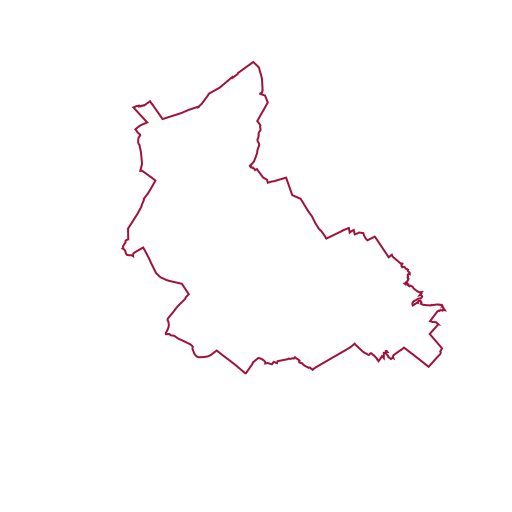 outline of Querétaro, Querétaro, Mexico, rotated 323°
{"feature_id": "50627088B94741817456448", "entity_name": "Querétaro", "entity_type": "district", "adm_level": 2, "iso_a3": "MEX", "parent_name": "Mexico", "parent_adm1": "Querétaro", "projection": "albers", "projection_center": [-100.418, 20.726], "detail": "fine", "context": "isolated", "style": "outline", "palette": "rose", "viewbox_px": 512, "rotation_deg": 323, "n_neighbors": 0, "source": "geoboundaries", "source_scale": "gbopen_adm2", "svg_char_len": 5968}
<svg xmlns="http://www.w3.org/2000/svg" viewBox="0 0 512 512"><g transform="rotate(323 256 256)"><path d="M247.5,63.6L249.5,83.9L243.6,82.4L241.1,82.0L235.9,82.2L235.9,86.4L236.3,88.5L236.5,89.1L236.2,89.9L233.3,90.9L232.0,92.2L231.2,93.3L230.3,94.2L230.0,95.0L229.7,96.3L229.7,97.6L229.0,98.6L226.7,103.7L220.4,113.9L214.8,118.4L216.4,119.5L220.6,133.2L221.0,135.3L218.1,136.5L215.3,137.8L207.6,140.9L200.7,142.9L200.2,143.8L195.6,146.4L194.6,147.4L187.0,150.9L170.1,157.2L170.1,157.4L164.0,165.8L161.5,165.2L160.9,165.4L159.7,166.9L158.6,167.1L155.8,168.1L155.6,168.3L154.8,169.6L153.9,169.7L154.5,170.8L154.6,171.6L154.7,172.7L154.5,173.7L153.8,175.1L153.6,176.4L153.7,177.6L155.3,179.2L157.1,180.6L157.7,182.1L158.2,181.2L160.0,180.0L171.0,181.3L170.4,185.8L168.9,194.5L168.5,196.4L168.2,197.2L165.9,209.6L166.9,215.5L170.0,221.2L171.6,223.5L174.7,227.2L180.0,233.5L180.0,235.2L179.3,246.1L175.7,246.6L173.2,247.7L172.5,247.8L166.1,248.6L161.6,249.4L159.6,249.9L158.8,250.2L155.2,251.2L149.1,252.6L147.8,253.1L147.1,253.5L146.8,253.9L146.5,255.8L145.1,258.3L144.3,259.3L143.6,259.9L142.1,261.0L141.6,261.2L140.6,261.9L139.3,262.4L137.6,263.3L137.0,264.2L139.9,266.2L140.0,267.6L140.1,267.9L142.6,270.4L144.2,275.2L147.8,281.9L150.5,287.3L151.0,290.3L149.6,291.6L149.3,292.2L148.0,296.8L147.9,299.0L148.4,301.1L149.6,302.6L152.9,304.9L157.0,307.2L157.8,307.4L160.7,307.9L167.7,307.8L170.0,316.3L173.6,329.0L176.8,342.9L177.3,343.6L187.4,340.3L189.8,339.1L196.5,338.9L197.0,339.3L198.7,341.9L199.5,344.6L199.6,346.3L198.7,347.4L200.8,348.4L203.6,352.1L206.4,351.2L208.3,354.2L210.0,353.0L219.0,357.4L220.5,357.6L221.2,358.7L222.7,359.4L223.2,359.4L223.9,360.0L224.6,360.7L226.1,360.3L226.2,360.8L227.4,364.1L227.8,365.7L227.0,366.0L226.9,366.5L226.6,367.0L226.8,367.5L227.2,368.0L227.5,368.7L228.1,369.0L228.4,370.9L228.5,371.9L229.6,374.7L230.3,375.7L230.6,376.9L231.9,377.4L232.7,381.0L234.4,380.7L234.9,380.9L236.8,380.9L274.5,385.5L277.1,385.7L282.1,385.4L282.1,385.7L281.9,386.3L282.0,386.6L283.4,394.4L283.7,396.5L284.5,398.8L284.9,399.5L286.2,402.4L286.6,402.9L287.3,403.0L288.5,402.6L289.1,402.6L289.3,402.8L289.6,403.4L290.1,406.0L290.4,406.4L290.4,406.8L290.8,410.3L290.8,411.3L290.5,411.4L290.6,413.8L296.4,411.8L296.6,414.5L299.8,410.3L300.3,410.7L301.0,411.7L302.4,410.0L303.1,410.3L303.2,411.9L301.9,411.1L301.0,412.1L301.4,415.4L301.0,415.8L300.9,416.0L301.6,419.1L301.8,419.4L302.1,419.6L304.0,419.3L304.3,420.2L304.8,418.9L305.8,418.0L315.5,418.2L315.6,418.4L319.0,418.2L323.0,432.4L327.2,448.4L340.2,445.8L342.3,445.5L343.6,445.4L344.4,445.1L345.4,444.3L345.7,443.8L345.8,443.1L349.0,441.7L347.8,422.8L358.2,420.8L360.3,420.1L360.5,420.3L359.9,417.1L357.4,415.1L357.3,414.8L356.8,414.1L355.8,412.8L367.5,409.4L369.2,409.6L369.3,410.2L370.8,410.3L371.9,411.6L371.9,411.8L372.1,411.9L373.0,411.4L374.2,412.9L374.4,410.4L374.6,408.7L374.8,407.9L374.7,407.9L375.0,407.7L375.0,407.3L374.7,407.4L374.5,406.7L373.2,405.4L373.4,405.4L372.4,404.4L371.2,403.6L366.8,401.0L366.7,400.7L365.8,400.6L362.9,398.2L360.0,395.4L359.1,393.8L358.9,393.3L360.2,392.7L360.3,392.5L360.2,391.8L360.4,390.9L359.0,389.8L358.1,390.1L357.2,391.0L356.5,390.2L351.4,389.9L351.4,389.7L351.7,389.0L352.3,388.1L353.1,387.5L354.2,387.1L355.1,387.1L357.8,387.6L359.3,387.6L359.9,387.7L361.0,388.3L361.6,388.9L362.0,389.1L363.9,388.6L364.3,388.4L364.4,388.1L364.4,387.6L364.3,387.0L363.8,386.3L363.0,385.9L365.8,385.3L365.6,384.8L365.8,384.7L365.8,384.3L365.7,384.1L366.0,384.1L365.3,383.7L364.6,383.3L363.8,381.6L362.9,378.9L362.4,376.9L362.4,375.9L362.6,375.5L362.4,374.5L361.6,372.8L361.3,372.4L360.7,372.5L360.5,372.2L360.2,372.3L360.0,371.8L360.0,371.6L359.7,370.2L360.3,370.1L360.1,369.8L360.4,369.8L360.4,369.3L360.2,369.4L360.1,368.7L358.5,368.9L358.1,367.4L358.6,367.6L358.9,367.5L359.7,367.5L359.9,367.4L360.1,367.6L360.3,367.5L360.5,367.3L361.2,367.3L361.9,367.0L362.8,366.9L363.0,366.8L363.5,366.4L363.5,366.0L364.0,365.8L363.8,365.4L363.9,364.9L363.9,364.6L364.3,364.3L364.5,364.4L364.9,364.1L365.2,363.7L365.2,363.3L365.6,362.8L365.7,362.5L366.0,362.2L366.4,362.1L367.2,362.3L367.8,363.1L368.7,361.8L368.1,358.9L367.9,358.9L369.2,358.5L369.0,357.7L368.3,356.8L368.0,356.1L368.0,354.3L367.7,353.7L367.3,353.4L366.9,353.2L366.0,353.0L366.2,352.0L366.3,351.7L366.2,351.6L366.5,351.2L366.7,350.8L368.3,350.3L368.1,349.7L367.9,349.7L367.9,349.8L367.2,350.0L365.2,340.7L365.0,340.1L364.8,338.7L365.3,336.7L361.2,336.9L362.5,314.4L362.5,312.0L354.4,310.5L354.2,307.8L354.3,306.8L354.8,304.1L355.5,302.3L352.4,299.2L350.6,299.0L347.9,298.1L349.7,294.0L346.8,293.6L344.9,293.7L347.0,289.5L340.3,287.7L340.2,287.9L322.6,284.4L322.6,283.6L322.9,282.7L323.2,275.7L322.6,271.9L323.2,265.2L324.6,257.8L324.6,252.9L324.8,250.8L324.7,250.8L326.1,237.3L321.6,229.2L327.2,211.5L314.8,206.9L313.7,206.1L309.5,204.6L310.7,201.7L308.9,197.7L309.0,187.1L307.0,186.8L307.1,186.1L307.1,185.1L306.3,183.8L306.2,183.4L306.4,183.3L306.3,183.2L305.9,182.7L305.7,182.2L305.4,182.2L305.2,181.1L306.1,181.0L306.4,180.7L306.2,180.6L306.0,180.1L307.8,180.0L311.3,179.3L315.6,176.6L319.2,174.2L320.5,172.6L325.6,169.1L326.1,167.9L326.4,165.3L327.2,163.9L328.8,163.1L330.5,161.5L331.1,160.9L331.1,160.6L331.4,160.4L331.7,159.9L332.4,159.2L335.4,158.1L336.1,157.2L337.1,155.2L338.2,154.2L338.2,149.0L357.8,140.5L359.8,133.3L356.9,129.1L357.1,128.9L357.6,129.2L358.0,128.9L358.2,129.0L359.0,128.8L359.5,129.0L361.2,127.1L361.3,127.2L367.3,118.3L369.1,114.1L369.9,111.9L371.8,107.3L370.6,99.4L351.8,99.0L350.8,99.7L344.4,99.6L344.7,98.8L328.2,99.7L316.6,98.1L315.7,98.2L315.7,98.3L313.7,99.0L304.2,101.8L300.3,102.2L299.8,102.6L299.1,102.4L299.4,101.9L289.9,98.7L282.7,97.0L263.8,90.4L264.5,72.0L264.3,71.9L264.5,68.6L259.0,68.5L258.1,68.4L257.5,68.5L257.3,68.1L256.9,68.2L255.4,67.3L255.1,67.5L254.9,67.4L254.9,67.1L254.6,66.9L253.9,67.1L253.5,66.7L253.1,66.5L253.3,66.4L253.3,65.7L252.6,65.2L251.7,64.9L250.6,64.3L249.2,63.9L248.7,64.1L247.5,63.6Z" fill="none" stroke="#9f1239" stroke-width="2"/></g></svg>